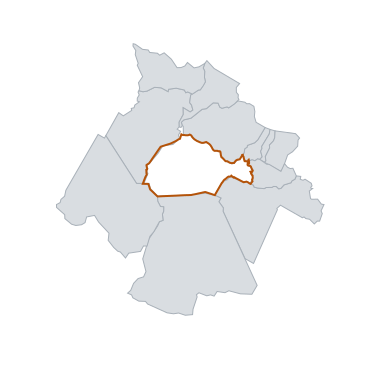 Niger shown with its bordering countries, rotated 210°
{"feature_id": "NER", "entity_name": "Niger", "entity_type": "country or territory", "adm_level": 0, "iso_a3": "NER", "parent_name": "Africa", "parent_adm1": "", "projection": "mercator", "projection_center": [6.366, 17.607], "detail": "fine", "context": "with_neighbors", "style": "outline", "palette": "amber", "viewbox_px": 384, "rotation_deg": 210, "n_neighbors": 11, "source": "natural_earth", "source_scale": "50m", "svg_char_len": 8715}
<svg xmlns="http://www.w3.org/2000/svg" viewBox="0 0 384 384"><g transform="rotate(210 192 192)"><path d="M294.8,197.7L295.1,224.1L289.6,223.6L285.0,232.5L286.4,234.0L284.3,236.0L285.0,238.7L282.7,243.8L284.9,243.4L286.3,245.9L286.3,249.7L288.7,251.6L288.6,253.2L284.6,254.3L281.4,256.9L276.8,263.9L270.8,266.8L262.9,267.0L263.6,269.3L257.6,274.0L249.6,276.5L247.0,274.9L245.8,276.5L240.6,277.0L241.6,275.3L238.7,268.2L235.9,267.1L232.2,263.4L233.6,260.4L241.8,260.6L238.3,254.8L238.1,246.2L235.6,242.0L236.3,239.0L232.2,238.8L232.2,234.6L229.6,232.2L232.3,223.6L240.4,217.4L240.7,208.8L243.2,195.2L244.5,192.3L241.9,190.0L241.8,187.8L239.4,186.0L237.9,175.4L244.3,171.7L294.8,197.7Z" fill="#d9dde1" stroke="#a8b0b8" stroke-width="1"/><path d="M71.4,247.1L70.8,240.2L68.4,238.4L66.9,230.6L69.0,229.4L70.1,225.5L76.5,227.2L80.1,225.9L82.5,226.4L83.5,224.9L108.8,224.8L110.3,220.2L109.2,219.4L103.0,160.9L112.7,160.8L155.4,190.8L156.9,193.9L163.8,197.0L163.9,201.2L170.9,200.6L170.9,215.9L167.5,220.3L166.9,224.4L152.7,226.0L150.3,228.3L142.2,228.6L140.6,227.3L137.1,228.3L131.2,231.0L130.0,233.0L125.1,235.9L124.2,237.6L121.6,238.9L118.5,238.1L116.8,239.6L115.9,244.1L110.9,249.5L111.0,251.7L109.3,254.4L109.7,258.1L105.6,259.9L104.6,257.1L101.7,257.7L100.5,259.6L93.1,259.2L91.1,257.3L91.5,255.4L90.7,254.7L89.3,255.3L90.9,251.5L86.1,245.6L84.9,245.5L79.6,248.6L74.0,246.2L71.4,247.1Z" fill="#d9dde1" stroke="#a8b0b8" stroke-width="1"/><path d="M160.9,284.4L155.7,285.2L154.1,280.8L154.4,266.1L153.2,264.8L152.9,261.6L148.8,257.5L149.6,254.1L151.8,253.4L153.1,250.5L156.1,249.9L159.7,246.1L161.9,246.1L166.7,249.8L166.5,252.0L167.9,255.8L166.7,258.4L167.3,260.1L162.3,266.0L161.1,270.1L160.9,284.4Z" fill="#d9dde1" stroke="#a8b0b8" stroke-width="1"/><path d="M160.9,284.4L161.1,270.1L162.3,266.0L167.3,260.1L166.7,258.4L167.9,255.8L166.5,252.0L167.2,244.0L169.0,241.4L169.9,237.7L171.5,236.3L178.3,235.5L184.7,237.9L187.1,240.4L190.3,240.5L193.3,238.9L200.9,242.3L204.2,242.1L207.9,239.3L211.6,239.5L213.4,238.6L221.7,240.9L226.7,237.3L228.2,237.5L232.5,244.6L233.6,244.5L236.1,247.1L235.1,250.4L229.8,255.4L224.6,268.7L221.2,271.4L218.2,279.8L213.9,282.0L210.3,279.4L207.9,279.5L204.2,283.2L202.3,283.2L197.7,293.9L191.1,296.2L188.7,295.8L186.3,297.3L181.2,297.1L177.8,293.1L175.7,288.5L171.3,284.4L160.9,284.4Z" fill="#d9dde1" stroke="#a8b0b8" stroke-width="1"/><path d="M235.6,242.0L238.1,246.2L238.3,254.8L241.8,260.6L233.6,260.4L232.2,263.4L235.9,267.1L238.7,268.2L241.6,275.3L237.4,283.5L235.9,284.6L235.5,294.1L238.5,297.5L241.4,303.0L244.3,305.0L245.2,309.8L244.8,313.2L234.6,310.0L205.0,309.7L205.9,304.7L203.4,300.5L200.5,299.4L199.2,296.6L197.6,295.6L199.3,289.4L202.3,283.2L204.2,283.2L207.9,279.5L210.3,279.4L213.9,282.0L218.2,279.8L221.2,271.4L224.6,268.7L229.8,255.4L235.1,250.4L236.1,247.1L233.6,244.5L233.8,242.4L235.6,242.0Z" fill="#d9dde1" stroke="#a8b0b8" stroke-width="1"/><path d="M149.6,254.1L148.8,257.5L152.9,261.6L153.2,264.8L154.4,266.1L154.1,280.8L155.7,285.2L150.6,286.5L147.5,280.3L147.0,277.1L148.4,271.3L146.8,269.0L146.2,259.3L143.6,256.0L144.0,254.0L149.6,254.1Z" fill="#d9dde1" stroke="#a8b0b8" stroke-width="1"/><path d="M144.0,254.0L143.6,256.0L146.2,259.3L146.8,269.0L148.4,271.3L147.0,277.1L147.5,280.3L150.6,286.5L131.5,294.3L125.8,292.5L126.1,290.0L123.4,284.5L125.0,277.3L127.7,271.9L125.1,258.0L125.3,254.3L144.0,254.0Z" fill="#d9dde1" stroke="#a8b0b8" stroke-width="1"/><path d="M109.7,258.1L109.3,254.4L111.0,251.7L110.9,249.5L115.9,244.1L116.8,239.6L118.5,238.1L121.6,238.9L124.2,237.6L125.1,235.9L130.0,233.0L131.2,231.0L137.1,228.3L140.6,227.3L142.2,228.6L146.3,228.6L145.8,231.7L146.6,234.7L150.2,239.0L150.4,242.1L157.7,243.6L157.5,248.0L156.1,249.9L153.1,250.5L151.8,253.4L149.6,254.1L141.1,253.4L139.1,254.5L125.3,254.3L126.0,262.8L121.7,261.2L118.7,261.4L116.5,263.0L109.7,258.1Z" fill="#d9dde1" stroke="#a8b0b8" stroke-width="1"/><path d="M317.1,291.0L315.0,291.6L306.2,290.8L300.9,293.1L298.4,291.7L291.3,294.9L288.4,294.3L285.7,298.6L276.3,296.7L267.1,292.2L263.7,294.3L261.2,297.5L260.7,301.9L252.3,300.5L248.5,303.9L245.2,309.8L244.3,305.0L241.4,303.0L238.5,297.5L235.5,294.1L235.4,289.6L235.9,284.6L237.4,283.5L240.6,277.0L245.8,276.5L247.0,274.9L249.6,276.5L257.6,274.0L263.6,269.3L262.9,267.0L270.8,266.8L276.8,263.9L281.4,256.9L284.6,254.3L288.6,253.2L289.3,255.9L293.0,259.9L292.4,267.2L302.8,274.4L302.9,276.5L309.8,282.6L311.4,286.4L316.1,288.9L317.1,291.0Z" fill="#d9dde1" stroke="#a8b0b8" stroke-width="1"/><path d="M88.9,143.7L89.0,133.4L99.2,128.0L110.7,124.9L113.1,121.3L120.5,118.4L120.8,112.9L124.5,112.2L127.3,109.5L135.6,108.2L136.8,105.3L135.1,103.7L132.5,91.0L130.2,86.1L136.2,81.9L143.1,80.5L147.1,77.3L153.2,74.9L174.4,72.8L177.6,74.0L183.5,70.9L190.3,70.8L192.9,72.7L197.2,72.2L195.9,76.2L196.9,83.7L195.4,90.1L191.5,94.3L192.1,100.1L201.2,109.4L205.9,129.1L204.8,145.5L205.4,150.0L202.9,153.0L206.6,158.1L206.9,161.1L209.1,165.0L212.1,163.7L217.1,166.9L219.8,171.2L198.1,184.3L179.8,197.6L170.9,200.6L163.9,201.2L163.8,197.0L156.9,193.9L155.4,190.8L88.9,143.7Z" fill="#d9dde1" stroke="#a8b0b8" stroke-width="1"/><path d="M302.1,130.5L302.1,194.9L294.8,194.9L294.8,197.7L244.3,171.7L233.4,178.0L229.8,174.2L219.8,171.2L217.1,166.9L212.1,163.7L209.1,165.0L206.9,161.1L206.6,158.1L202.9,153.0L205.4,150.0L205.2,138.4L206.3,132.5L203.9,122.7L207.0,121.0L206.9,114.8L216.2,107.4L216.6,101.6L224.0,104.2L226.7,103.6L232.0,104.8L240.4,108.2L243.3,114.8L257.9,119.3L264.7,123.0L270.8,117.7L269.3,112.0L271.3,108.4L275.9,104.9L280.2,103.9L288.8,105.4L290.9,108.7L301.6,110.9L303.1,113.4L300.9,116.9L301.8,120.1L300.2,124.6L302.1,130.5Z" fill="#d9dde1" stroke="#a8b0b8" stroke-width="1"/><path d="M230.0,236.6L228.9,236.6L228.2,236.8L227.4,237.4L226.5,237.7L225.4,238.2L224.6,238.7L224.0,239.0L223.1,239.9L222.8,240.5L221.9,240.7L220.6,240.5L219.8,239.9L217.9,239.2L216.7,238.9L216.1,238.8L213.2,238.7L210.2,239.0L208.6,239.3L208.3,239.4L207.5,239.8L206.7,240.3L204.7,242.4L202.1,242.3L200.6,242.1L199.3,241.7L197.4,240.7L195.1,239.2L194.2,239.0L193.4,238.9L193.2,238.9L190.5,240.4L189.9,240.4L189.3,240.6L188.9,240.9L188.6,241.1L188.2,241.2L187.8,241.1L187.4,240.9L187.0,240.4L185.8,238.8L185.6,238.5L185.1,238.0L184.3,237.2L183.8,236.8L183.4,236.8L183.0,236.8L180.8,236.2L178.6,235.5L178.2,235.5L177.8,235.7L177.1,236.2L176.2,236.3L175.0,236.3L174.4,236.2L173.4,236.4L172.7,236.6L171.9,236.9L170.7,237.9L170.4,238.0L170.1,238.2L169.8,240.8L169.5,241.6L168.9,242.6L167.7,243.6L167.0,244.2L167.0,245.0L166.9,246.3L166.9,247.2L166.9,247.8L166.8,248.1L166.7,248.3L166.8,248.7L167.0,248.9L167.1,249.2L167.0,249.3L166.6,249.6L166.2,249.0L165.7,248.6L165.2,248.4L164.8,248.1L164.6,247.7L163.8,246.9L162.1,245.2L161.9,245.2L161.6,245.1L161.2,245.3L160.9,245.6L160.7,245.7L160.3,245.7L159.5,245.9L158.9,246.2L158.8,246.4L159.2,247.6L159.0,248.3L158.7,248.0L157.8,246.7L157.1,245.8L157.0,245.6L156.9,245.3L157.0,245.2L157.8,244.9L158.0,244.6L157.9,244.1L157.6,243.5L157.2,243.1L156.7,243.0L156.3,243.0L155.5,243.5L155.2,243.6L154.5,243.6L153.8,243.5L153.4,243.2L152.2,242.2L150.8,241.1L150.3,241.0L150.1,240.9L150.0,240.0L150.1,239.0L150.1,238.8L150.7,238.9L151.3,239.0L151.5,238.8L151.0,238.5L150.3,238.1L150.1,237.5L149.9,237.4L149.6,237.2L149.2,237.1L148.9,236.9L148.6,236.7L148.2,236.7L147.8,236.6L147.2,235.7L146.6,234.8L146.3,234.1L146.1,233.7L146.3,233.0L146.1,232.7L145.5,232.0L144.9,231.4L145.1,230.4L145.2,229.5L145.2,229.0L145.3,228.7L145.3,228.3L145.7,228.2L146.6,228.2L148.4,228.4L149.9,228.2L150.0,228.2L151.0,227.3L152.1,226.3L153.8,226.2L155.7,226.1L157.1,226.1L159.2,226.0L160.9,225.9L162.9,225.9L162.9,225.4L163.1,225.3L163.3,225.3L164.7,225.5L166.1,225.8L166.2,224.9L167.4,223.9L168.0,223.7L168.4,223.1L168.6,222.6L168.6,222.2L168.9,221.9L169.1,221.3L169.3,220.3L170.0,219.2L170.4,217.7L170.4,216.3L170.5,215.2L170.7,214.9L170.7,213.0L170.7,211.1L170.7,209.4L170.7,207.4L170.7,205.5L170.7,203.6L170.7,201.8L170.6,200.7L172.0,200.4L173.5,200.1L175.5,199.7L177.8,199.2L180.3,198.7L180.8,198.4L182.7,196.7L183.5,195.9L185.2,194.4L186.5,193.2L188.1,191.7L189.9,190.2L191.2,189.0L193.4,187.6L196.7,185.6L200.0,183.5L203.2,181.4L206.5,179.3L209.8,177.2L213.1,175.1L216.4,173.0L219.6,170.9L222.9,171.7L226.1,172.5L229.2,173.2L230.0,173.7L231.6,175.2L233.8,177.1L234.0,177.1L236.0,176.0L238.7,174.5L239.4,178.5L239.9,181.9L239.9,184.0L240.0,184.6L240.2,185.0L240.7,185.3L242.7,188.4L242.2,189.0L242.5,189.9L243.1,190.4L244.7,192.2L244.9,192.6L244.8,192.9L243.7,195.0L243.5,195.5L243.2,198.3L243.1,200.2L242.9,202.9L242.6,206.0L242.4,208.7L242.1,212.2L241.8,215.5L240.2,217.3L237.2,220.6L234.8,223.2L233.6,224.9L231.3,228.3L230.2,230.5L229.4,231.7L229.0,232.1L229.4,233.7L230.0,236.6Z" fill="none" stroke="#b45309" stroke-width="2"/></g></svg>